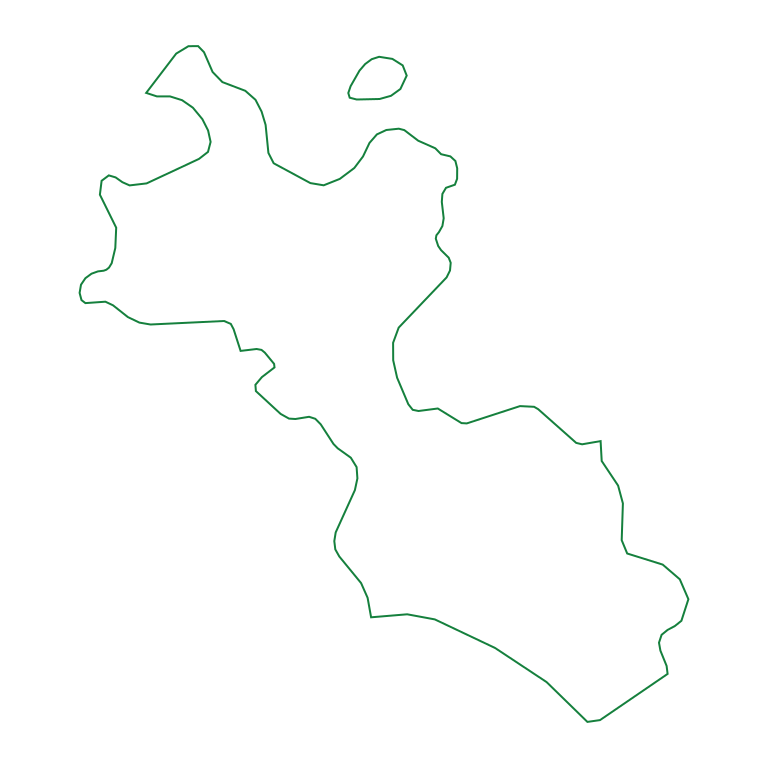 map outline of Caltanissetta (Mercator projection)
{"feature_id": "ITA-5416", "entity_name": "Caltanissetta", "entity_type": "Province", "adm_level": 1, "iso_a3": "ITA", "parent_name": "Italy", "parent_adm1": "", "projection": "mercator", "projection_center": [14.011, 37.367], "detail": "fine", "context": "isolated", "style": "outline", "palette": "green", "viewbox_px": 768, "rotation_deg": 0, "n_neighbors": 0, "source": "natural_earth", "source_scale": "10m", "svg_char_len": 2062}
<svg xmlns="http://www.w3.org/2000/svg" viewBox="0 0 768 768"><path d="M587.4,721.9L546.6,682.1L495.1,648.0L434.8,619.4L407.2,614.3L371.1,617.3L367.6,597.8L361.1,583.1L339.3,556.5L335.3,549.4L334.3,541.1L335.7,532.4L354.9,490.1L357.4,478.4L356.6,467.1L350.8,457.7L337.7,448.3L333.5,444.0L320.7,424.3L315.3,418.8L309.1,416.8L295.4,419.0L289.0,418.6L280.6,413.9L255.9,391.1L255.4,384.8L261.9,377.1L274.5,367.4L274.1,363.9L264.8,352.6L261.5,349.9L256.6,349.0L240.6,350.9L233.6,329.2L230.8,323.9L224.1,321.0L150.5,324.5L139.4,322.6L127.9,317.1L113.0,305.3L105.4,301.7L85.4,303.1L81.5,300.1L79.6,292.9L81.0,284.7L85.4,278.2L91.5,273.7L97.9,271.4L103.7,270.7L106.4,269.7L109.0,267.6L111.7,263.2L115.3,248.0L116.2,227.7L99.9,194.7L101.6,180.8L108.8,175.4L115.6,177.4L122.4,182.2L129.6,185.4L146.6,183.4L199.0,158.9L208.0,151.9L210.6,141.9L208.1,130.5L202.4,119.2L192.9,107.7L182.1,100.2L170.0,96.4L156.9,96.4L146.2,92.9L176.2,53.6L188.4,46.2L198.1,46.1L204.0,52.2L212.6,72.0L222.4,82.1L245.3,90.8L255.5,99.8L261.6,111.6L265.6,124.9L268.4,152.9L273.7,163.3L310.4,183.1L323.7,185.3L339.8,178.9L354.3,168.0L363.0,156.5L369.5,142.9L376.9,134.4L386.3,130.0L398.8,128.7L404.3,130.1L418.2,140.7L435.3,148.3L441.1,154.2L450.4,156.4L455.4,161.0L457.2,168.3L457.1,178.8L454.9,184.7L446.0,187.8L442.4,193.9L441.8,201.9L443.7,218.3L442.4,226.0L438.9,232.2L436.4,235.3L435.8,238.7L438.2,246.0L441.1,250.2L448.7,257.7L450.7,262.8L450.0,270.5L446.6,277.4L398.7,327.6L393.1,342.8L393.2,360.3L397.1,377.7L408.3,404.2L412.7,409.8L418.5,411.0L437.8,408.5L461.5,423.1L466.8,423.4L520.0,406.1L534.1,406.8L538.2,409.2L576.2,442.9L582.1,444.3L600.6,441.1L601.7,461.0L618.1,485.6L622.9,503.4L621.7,540.2L627.2,553.5L662.7,564.6L679.8,579.3L688.4,599.2L681.4,620.8L674.9,626.0L667.6,629.9L661.6,634.8L659.0,642.7L660.4,650.6L666.6,665.9L667.6,673.9L600.0,720.1L587.4,721.9ZM379.1,56.8L392.4,58.9L402.7,65.4L406.7,75.6L400.4,89.0L391.0,95.8L379.6,99.0L356.7,99.5L349.7,97.7L348.3,93.0L350.6,86.2L359.5,70.6L365.2,64.0L371.7,59.2L379.1,56.8Z" fill="none" stroke="#15803d" stroke-width="2"/></svg>